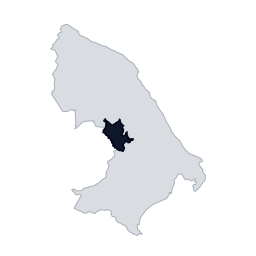 Coronel Portillo, Ucayali, Peru shown in context, rotated 176°
{"feature_id": "86281439B8316055413936", "entity_name": "Coronel Portillo", "entity_type": "district", "adm_level": 2, "iso_a3": "PER", "parent_name": "Peru", "parent_adm1": "Ucayali", "projection": "albers", "projection_center": [-74.152, -8.678], "detail": "fine", "context": "in_parent", "style": "filled", "palette": "ink", "viewbox_px": 256, "rotation_deg": 176, "n_neighbors": 0, "source": "geoboundaries", "source_scale": "gbopen_adm2", "svg_char_len": 8528}
<svg xmlns="http://www.w3.org/2000/svg" viewBox="0 0 256 256"><g transform="rotate(176 128 128)"><path d="M188.2,69.7L188.2,70.5L187.2,70.9L186.3,70.3L185.0,70.5L183.1,68.7L178.4,68.9L176.3,71.0L173.2,71.4L169.9,72.3L166.0,72.7L160.0,76.0L158.6,77.3L155.9,79.3L153.7,79.9L152.6,86.0L150.4,89.5L149.6,91.4L150.7,94.3L150.7,95.8L149.5,96.9L148.5,97.1L146.5,98.3L143.4,101.0L142.9,103.0L143.9,105.7L143.5,106.0L141.0,106.5L141.1,108.0L140.6,108.6L142.7,110.8L143.8,111.3L143.9,111.9L143.7,112.4L143.2,112.6L143.2,113.1L144.7,114.7L145.8,118.0L148.0,119.5L148.1,120.6L148.7,121.6L149.9,122.4L152.5,125.6L152.6,127.1L149.8,130.6L154.4,130.6L159.5,131.8L160.2,132.3L160.8,133.9L160.8,134.9L161.8,135.7L161.7,137.6L168.4,137.7L172.7,137.2L179.7,131.5L180.9,131.1L180.3,132.3L180.2,133.2L180.5,134.2L179.7,135.6L179.5,149.6L180.8,148.9L182.4,150.2L183.6,150.3L187.4,148.7L191.9,149.1L202.0,167.5L201.1,168.7L201.1,169.6L199.8,170.4L198.5,171.9L198.4,179.1L197.3,181.3L197.9,182.5L198.4,184.8L199.3,186.2L199.6,187.1L199.4,187.4L198.0,188.2L197.9,189.5L195.3,192.0L194.8,193.8L193.8,194.4L193.6,196.3L195.9,199.6L194.4,201.5L193.0,204.3L195.3,210.3L196.2,211.1L197.2,211.1L198.7,211.6L199.5,212.5L197.6,213.6L197.3,214.1L197.4,216.1L195.4,217.5L192.6,221.2L191.9,221.4L190.5,222.5L190.2,223.0L190.4,223.6L191.6,224.7L191.7,226.1L189.7,227.7L188.3,227.9L187.8,228.3L188.3,230.6L188.3,231.7L187.9,232.9L186.9,234.2L183.9,235.5L181.3,235.7L176.8,232.3L175.4,230.9L170.9,227.9L170.2,224.9L168.7,223.4L165.9,222.2L163.7,220.7L162.1,219.9L158.0,216.5L154.3,215.4L147.4,211.7L143.7,210.5L138.9,207.1L136.3,206.2L134.2,204.6L127.9,201.3L126.9,200.2L125.9,198.5L124.5,197.5L122.9,195.3L120.6,193.9L118.3,192.2L115.5,187.4L114.2,186.3L114.1,184.1L113.2,183.1L114.5,182.4L115.4,179.0L114.9,177.3L111.7,172.8L111.1,170.9L108.7,167.4L107.8,165.3L105.9,163.8L105.1,162.5L104.1,162.0L104.0,160.3L103.3,157.3L102.2,155.7L98.4,152.9L98.1,149.8L97.2,147.6L91.9,138.8L88.8,130.3L86.2,125.7L85.1,122.9L85.0,121.5L83.0,119.0L82.0,116.7L77.7,112.3L75.1,107.5L74.8,106.0L73.0,103.3L70.2,99.9L68.9,98.5L60.6,94.3L56.6,91.7L56.1,90.3L56.3,89.5L57.2,88.8L58.4,89.3L59.1,89.1L59.6,88.1L59.6,86.7L58.8,84.8L56.1,81.2L56.8,79.5L54.0,75.4L54.6,71.3L55.2,70.2L59.1,66.0L60.2,64.2L61.9,63.1L63.6,61.4L65.7,60.1L66.3,60.5L67.0,62.7L66.9,64.2L67.5,65.8L66.1,67.3L64.5,67.0L63.9,67.4L63.7,68.1L63.9,69.3L64.4,69.7L65.5,69.7L64.0,71.9L64.1,72.4L65.2,72.7L66.3,72.2L67.4,70.9L68.1,70.7L72.2,72.8L74.0,72.5L75.5,73.5L75.7,75.0L77.7,78.0L80.7,78.7L81.2,78.5L81.9,77.3L82.6,77.1L82.7,75.4L85.3,73.6L85.7,72.4L85.3,71.5L85.3,70.8L86.8,66.8L87.3,66.4L87.7,65.1L88.3,64.3L89.2,59.9L89.9,59.9L90.6,60.9L91.4,60.6L90.9,59.6L91.1,59.3L93.9,55.7L94.8,54.9L108.8,49.9L115.8,44.8L121.9,37.7L123.8,30.6L124.5,31.1L125.7,30.9L125.3,28.0L125.6,26.7L125.5,26.3L123.6,24.6L122.8,22.7L121.1,21.6L121.2,21.2L123.0,21.6L124.6,21.4L126.0,20.3L127.0,20.4L129.3,22.0L131.0,22.1L131.6,23.2L133.3,24.1L135.6,26.5L136.7,29.2L136.6,29.7L137.7,31.1L140.0,31.8L142.2,33.8L144.6,34.4L145.7,36.2L146.3,36.7L146.6,37.7L146.3,38.9L146.6,39.6L148.3,40.6L149.8,40.7L150.2,41.2L151.0,44.1L150.4,45.6L150.6,46.5L152.6,47.2L153.2,47.8L154.7,48.0L156.9,47.3L159.6,48.3L161.7,47.9L162.7,47.7L163.7,47.0L164.5,47.1L166.7,45.2L167.3,45.1L169.6,45.9L171.5,47.2L173.9,47.0L174.9,46.2L176.6,45.8L179.7,47.4L180.4,48.1L181.2,48.3L184.6,49.9L185.2,50.5L186.9,51.2L187.3,51.7L187.2,52.2L179.2,64.3L181.6,65.3L183.9,64.7L185.0,65.5L185.9,67.5L187.7,68.9L188.2,69.7Z" fill="#d9dde1" stroke="#a8b0b8" stroke-width="1"/><path d="M149.9,130.6L150.1,130.4L150.0,130.0L150.2,129.9L150.2,130.0L150.5,129.9L150.5,129.7L150.8,129.4L151.0,129.3L151.0,129.1L151.1,128.9L151.4,128.5L151.5,128.4L151.8,128.5L151.9,128.4L152.0,128.3L152.2,128.0L152.1,127.9L151.9,127.8L152.1,127.8L152.2,127.6L152.3,127.6L152.6,127.5L152.6,127.4L152.9,127.1L152.9,126.8L152.8,126.5L152.9,126.3L152.9,126.1L152.7,125.8L152.7,125.7L152.9,125.6L152.6,125.5L152.2,124.7L151.8,124.7L151.6,124.6L151.4,124.3L151.4,124.1L151.3,123.8L151.1,123.8L150.9,123.6L150.9,123.2L150.7,122.9L150.6,122.7L150.3,122.1L150.1,122.0L149.9,122.0L149.7,122.1L149.3,122.0L149.3,121.9L149.1,121.8L148.9,121.7L148.7,121.3L148.6,121.2L148.4,121.1L148.2,121.0L148.3,120.2L148.4,119.5L147.9,119.5L147.9,119.4L147.7,119.4L147.5,119.0L147.3,119.0L147.1,118.9L146.6,118.4L146.2,118.3L146.2,118.1L145.9,118.0L146.1,117.7L146.0,117.4L146.1,117.1L145.7,116.8L145.4,116.7L145.6,116.5L145.5,116.4L145.4,116.2L145.3,115.8L145.4,115.4L145.4,115.2L145.2,115.1L144.9,114.6L145.1,114.3L145.0,114.1L144.9,114.1L144.5,114.0L144.3,113.8L144.3,113.7L144.2,113.6L144.0,113.3L143.9,113.4L143.8,113.5L143.7,113.3L143.6,113.0L143.4,113.0L143.2,112.8L143.3,112.6L143.3,112.3L143.4,112.2L143.4,112.3L143.6,112.3L143.8,112.4L144.0,112.4L144.3,112.2L144.3,111.7L144.3,111.4L144.2,111.1L143.9,110.8L143.7,110.9L143.6,110.7L143.3,110.7L142.9,110.5L142.7,110.5L142.7,110.3L142.5,110.2L142.5,109.9L142.3,110.1L142.1,110.0L142.0,109.8L141.7,109.6L141.8,109.5L141.8,109.4L141.9,109.2L141.6,109.1L141.5,108.9L141.2,108.9L141.1,108.7L140.8,108.7L140.8,108.4L140.6,108.2L140.4,108.1L140.4,107.9L140.2,107.7L140.1,107.4L139.8,107.2L139.2,106.9L138.9,106.7L138.5,106.3L137.8,106.3L137.6,106.1L137.3,106.2L136.5,106.1L136.3,106.0L136.2,105.8L135.7,105.8L135.5,105.6L135.4,105.7L135.1,105.6L135.0,105.3L134.7,105.2L134.6,105.3L134.3,105.5L134.3,105.8L134.1,106.1L133.9,106.3L133.8,106.9L133.6,107.1L133.4,107.2L133.2,107.8L133.0,108.0L133.0,108.7L133.5,109.3L133.7,109.5L133.8,109.6L133.9,110.0L133.7,110.2L133.8,110.4L134.0,110.9L134.2,111.0L134.4,111.0L134.5,111.1L134.5,111.3L134.3,111.4L133.9,111.7L133.6,112.3L133.4,112.9L133.2,113.2L132.8,113.2L132.3,113.6L132.1,113.7L131.5,114.4L131.0,114.6L130.7,114.6L130.5,114.8L130.2,114.9L129.4,114.0L129.1,113.5L128.8,113.5L128.5,113.3L128.1,113.4L127.8,113.6L127.2,113.6L127.1,113.9L126.9,114.0L126.7,114.1L126.7,114.3L126.6,114.5L126.7,114.8L126.5,115.0L126.4,115.1L126.4,115.4L126.1,115.5L125.8,115.6L125.5,115.4L125.1,115.5L124.8,115.4L124.5,115.5L124.2,115.9L123.9,115.9L123.8,116.0L123.6,116.4L123.7,116.5L123.8,116.6L124.0,116.7L124.0,116.8L124.3,116.7L124.5,116.8L125.0,116.8L125.7,117.0L126.1,116.8L126.3,116.7L126.5,116.9L126.9,117.0L127.1,117.0L127.3,117.1L127.6,117.0L127.9,117.1L128.1,117.2L128.4,117.6L128.6,118.2L128.8,118.4L128.8,118.5L128.7,118.5L128.8,118.6L128.7,118.7L128.5,118.8L128.6,119.1L128.7,119.3L128.8,119.3L128.8,119.5L128.9,119.9L129.0,119.9L129.0,120.0L129.3,120.3L129.4,120.6L129.5,120.7L129.5,120.8L129.6,121.0L129.3,121.7L129.4,122.2L129.6,122.3L129.5,122.6L129.6,122.8L129.5,123.1L129.3,123.4L129.4,124.1L129.6,124.0L130.1,123.4L130.5,123.1L130.6,122.9L130.7,122.1L130.8,121.9L130.7,121.7L131.3,121.3L132.6,120.7L132.8,120.5L133.2,120.4L133.8,120.4L134.2,120.8L134.3,121.3L134.4,122.8L134.4,123.0L133.9,123.2L133.7,123.5L133.4,123.7L133.3,124.4L133.1,124.7L133.0,125.4L133.0,125.6L132.9,125.7L132.8,125.9L133.0,126.3L132.9,126.5L132.7,126.8L132.7,127.0L133.1,127.1L133.1,127.6L133.3,128.2L133.4,128.5L133.7,128.8L133.7,129.1L133.3,129.8L133.3,130.0L133.2,130.1L132.9,130.0L132.7,130.3L132.6,130.5L132.3,130.7L132.4,130.8L132.5,130.8L132.8,131.1L133.3,131.1L133.5,131.3L133.8,131.3L133.8,131.6L133.7,131.7L133.9,132.1L133.9,132.5L134.3,132.6L134.8,132.7L134.9,133.0L134.9,133.4L134.9,133.8L135.0,134.3L135.3,134.5L135.4,134.9L135.3,135.9L135.3,136.0L135.5,136.0L135.7,136.3L135.8,136.5L135.7,136.7L135.8,136.7L135.7,136.8L135.8,137.0L136.0,136.7L136.4,136.3L136.4,136.2L136.2,136.0L136.3,135.7L136.6,135.9L136.7,135.6L136.8,135.5L136.9,135.2L137.1,135.2L137.6,134.8L138.1,134.8L138.4,134.7L138.6,134.3L138.9,134.0L139.1,134.0L139.4,134.1L139.8,134.0L139.8,133.8L140.0,133.4L140.7,133.2L141.0,132.9L141.7,132.8L142.0,132.7L142.7,131.9L143.3,132.0L143.6,132.1L144.2,131.9L144.5,132.1L144.5,132.4L144.7,132.7L145.1,133.3L145.6,133.5L146.0,134.1L146.7,134.6L146.9,135.1L147.6,135.4L147.9,135.4L147.8,135.7L147.9,135.9L148.6,136.2L148.9,136.8L149.1,136.9L149.6,137.2L149.7,137.5L149.9,137.6L150.0,137.7L149.9,138.1L149.9,138.4L150.1,138.6L150.4,138.2L151.0,137.6L151.1,137.4L151.3,137.4L151.4,137.2L151.1,136.9L150.9,136.6L150.9,136.4L151.1,136.2L150.3,135.9L149.9,136.0L149.8,135.8L149.6,135.7L149.5,135.3L149.5,135.1L149.4,135.0L149.4,134.6L149.4,134.3L149.3,134.1L149.1,134.0L149.0,133.8L149.1,133.7L149.3,133.5L149.5,133.4L149.7,133.5L149.7,133.4L149.6,133.2L149.7,132.5L149.9,132.4L149.9,132.1L150.0,131.9L149.9,131.7L149.8,131.4L150.0,131.2L149.8,130.9L150.0,130.7L149.9,130.6Z" fill="#0f172a" stroke="#020617" stroke-width="1.5"/></g></svg>